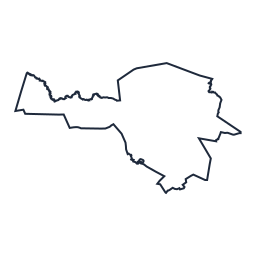 outline of Hardenberg, Overijssel, Netherlands
{"feature_id": "6326949B3638629214663", "entity_name": "Hardenberg", "entity_type": "district", "adm_level": 2, "iso_a3": "NLD", "parent_name": "Netherlands", "parent_adm1": "Overijssel", "projection": "natural_earth1", "projection_center": [6.49, 52.57], "detail": "fine", "context": "isolated", "style": "outline", "palette": "slate", "viewbox_px": 256, "rotation_deg": 0, "n_neighbors": 0, "source": "geoboundaries", "source_scale": "gbopen_adm2", "svg_char_len": 5259}
<svg xmlns="http://www.w3.org/2000/svg" viewBox="0 0 256 256"><path d="M199.7,75.5L166.7,63.1L136.7,68.3L133.6,69.6L117.8,80.4L120.1,100.4L116.9,100.7L116.5,100.2L114.6,99.5L113.3,98.6L111.0,98.0L108.6,98.0L107.5,97.4L106.9,97.3L105.3,97.5L103.2,97.3L102.2,97.8L101.6,97.9L101.4,97.8L101.3,97.6L101.1,97.5L101.0,97.4L100.5,97.4L100.5,97.6L100.4,97.6L99.7,96.9L99.8,96.6L99.7,96.2L99.3,95.9L98.6,96.3L98.2,96.0L98.1,95.7L97.7,95.3L98.0,95.3L98.1,94.9L97.7,94.5L97.8,94.2L97.6,93.9L96.5,93.6L96.0,93.9L95.3,93.9L94.2,94.3L93.5,94.3L93.2,94.5L93.3,95.1L93.2,95.4L93.5,95.7L93.1,96.0L92.8,96.1L92.6,97.3L92.4,97.4L92.3,97.7L92.1,98.0L91.9,98.3L92.0,99.0L91.5,99.4L90.5,99.2L90.4,99.4L89.2,99.6L89.2,99.9L88.9,99.7L88.7,99.8L88.7,100.2L88.4,100.5L87.8,100.3L87.0,99.7L86.6,99.7L86.5,99.9L85.8,100.0L84.8,99.8L84.4,99.6L84.3,99.4L83.7,99.3L83.4,99.1L83.1,99.2L82.9,99.4L82.7,99.1L82.3,99.2L80.9,98.4L80.8,98.2L80.2,97.9L80.0,97.7L80.0,97.4L79.9,97.2L79.4,97.2L79.2,96.8L79.2,96.5L79.6,96.4L79.8,96.2L79.7,95.5L78.9,94.4L78.8,94.0L78.2,93.2L78.3,93.1L78.9,92.9L78.9,92.7L78.7,92.5L78.5,91.9L77.6,91.5L77.4,91.6L77.3,91.9L77.0,91.9L76.8,91.7L76.2,91.6L76.0,91.9L76.1,92.3L75.4,92.5L75.1,93.1L75.3,93.3L75.3,93.5L75.5,93.7L75.5,93.9L75.1,93.9L74.7,94.0L74.3,94.1L74.2,94.3L72.7,94.9L72.3,95.3L72.2,95.9L71.8,96.0L71.7,96.2L71.7,96.4L71.6,96.9L71.7,97.1L71.6,97.3L70.9,97.2L70.6,97.6L70.4,97.6L69.8,97.3L68.7,97.0L68.1,96.6L68.2,96.4L67.9,96.2L67.8,95.9L67.5,95.9L67.1,95.7L67.0,95.8L66.7,95.9L66.5,96.1L65.7,96.3L65.3,96.9L65.3,97.5L65.8,98.1L65.6,98.2L65.3,98.5L64.4,98.8L64.3,99.1L63.0,99.1L62.1,98.5L61.3,98.6L61.2,98.5L61.2,98.2L60.5,98.1L59.5,98.5L59.3,98.9L59.4,99.2L58.9,99.3L58.8,99.5L58.4,99.8L58.3,100.1L57.1,100.3L56.8,100.6L56.0,100.7L55.6,101.1L54.6,101.6L54.4,101.5L54.3,101.1L54.3,100.8L54.5,100.6L54.5,100.1L54.1,99.4L53.6,99.5L52.9,99.9L52.6,99.6L52.3,99.5L52.4,99.2L52.0,99.2L51.9,99.0L51.1,98.7L50.8,98.1L51.2,97.8L51.1,97.6L51.2,97.3L50.9,97.1L51.2,97.0L51.4,96.7L51.2,96.3L50.9,96.2L51.0,95.8L50.5,95.8L50.4,95.5L49.6,94.9L49.6,94.6L49.5,94.3L50.1,94.0L50.2,93.6L50.5,93.4L50.4,93.0L49.9,92.7L50.0,92.5L50.4,92.4L50.4,92.1L50.1,92.1L50.3,91.8L50.0,91.6L49.9,91.1L49.7,91.0L49.4,91.0L49.3,90.7L49.0,90.8L48.8,90.4L48.9,90.1L48.7,89.9L48.6,89.4L48.2,89.5L48.0,89.3L47.5,89.2L47.7,88.8L47.2,88.3L47.4,88.0L47.3,87.7L47.8,87.4L47.7,87.1L47.0,87.0L46.9,86.6L46.6,86.4L46.4,86.1L46.2,86.0L46.1,85.8L45.1,85.7L45.1,85.4L44.5,84.9L44.5,84.7L44.9,84.7L45.1,84.5L45.1,84.0L44.9,84.1L44.6,83.7L45.3,83.3L45.2,83.0L44.9,82.9L45.2,82.6L45.2,82.3L44.9,82.3L44.6,82.2L44.2,81.8L44.3,81.6L43.2,81.1L42.9,80.8L42.4,81.0L42.3,80.7L41.5,80.8L40.7,80.5L40.1,80.7L39.8,80.6L40.0,80.1L39.8,79.9L39.8,79.4L39.4,79.3L39.2,78.9L39.0,79.1L38.7,78.9L38.6,79.0L38.2,79.0L37.5,78.6L36.7,78.6L36.7,78.3L37.0,78.4L36.9,78.1L36.1,77.9L35.9,77.6L35.6,77.6L35.5,77.3L35.1,77.3L34.0,75.5L33.1,75.1L32.9,75.3L32.5,75.5L32.2,75.4L32.1,75.2L31.6,75.3L31.2,74.8L30.8,75.2L30.4,75.1L30.0,74.9L29.6,74.5L29.8,73.9L29.1,73.6L28.5,73.7L28.4,73.4L27.9,72.8L27.4,72.6L26.8,73.2L26.6,73.7L21.2,91.2L15.4,111.0L23.4,109.7L25.2,113.8L58.8,114.6L63.7,114.5L69.7,127.9L73.6,127.3L76.2,127.1L77.9,127.2L79.9,127.8L80.9,128.3L101.0,128.6L105.4,128.5L109.5,126.9L110.5,126.2L111.0,125.6L113.4,124.2L121.6,133.7L125.5,142.6L125.9,146.0L126.1,149.4L127.6,153.8L127.9,153.5L128.6,153.5L128.8,153.7L129.0,154.1L129.5,154.4L130.4,154.8L131.1,154.8L131.3,155.1L131.4,155.5L131.0,156.0L130.9,156.3L131.3,156.9L131.8,158.4L131.5,158.9L131.2,159.3L131.1,159.5L131.5,159.8L132.8,159.6L133.7,159.9L133.4,160.6L133.4,161.0L133.1,161.2L133.2,161.5L135.4,162.1L137.0,163.7L137.3,163.7L138.2,163.6L138.6,163.2L138.5,162.7L137.7,162.0L137.7,161.8L138.9,161.0L139.7,159.5L140.7,159.1L142.3,159.7L143.1,160.1L143.4,160.4L143.6,160.9L143.5,161.5L143.2,162.1L142.5,162.5L142.0,162.4L140.9,161.9L140.6,161.8L140.3,162.0L140.2,162.4L140.4,162.8L140.8,163.4L141.4,163.6L142.4,163.7L143.0,164.0L144.1,164.5L146.6,166.5L156.0,171.8L164.3,176.2L159.7,180.7L157.3,183.8L160.2,184.3L165.2,192.1L165.8,192.8L166.0,192.9L167.7,190.6L168.3,190.6L169.8,189.8L172.7,187.8L174.8,188.9L177.0,189.2L179.4,188.2L179.9,189.4L180.0,189.4L183.8,188.3L184.5,187.0L182.7,184.8L186.2,182.3L185.7,179.1L191.0,175.8L193.3,174.6L205.1,180.0L207.1,180.0L209.7,164.2L210.8,158.4L198.9,138.3L216.1,141.3L216.0,140.8L216.1,140.5L216.1,140.1L218.0,139.3L217.9,139.1L218.1,139.0L218.0,138.7L218.4,138.5L220.6,133.1L220.7,132.5L220.9,132.1L224.9,133.0L226.9,132.8L227.7,132.8L232.8,134.6L233.6,134.7L234.4,134.6L239.4,133.1L240.6,133.1L240.6,131.9L217.3,116.3L217.9,113.4L218.7,112.4L218.3,111.5L218.4,110.2L219.7,107.2L219.8,106.6L219.7,106.4L220.1,104.4L220.0,104.0L220.2,103.5L220.4,102.7L221.5,99.9L220.3,97.6L219.3,96.5L218.9,96.5L218.1,95.8L217.3,95.5L217.1,94.6L215.5,93.2L215.1,92.5L214.0,92.5L213.1,92.2L213.1,91.9L212.5,91.9L212.1,91.7L211.7,92.5L210.5,92.2L209.2,92.2L208.6,91.5L208.6,90.9L209.5,90.1L210.3,88.9L210.4,88.3L210.1,88.0L209.8,87.8L209.9,87.3L209.8,86.9L210.0,86.5L210.6,86.0L210.8,85.3L211.2,84.8L211.3,84.6L211.1,83.8L210.9,83.7L210.0,83.5L209.2,83.6L208.7,83.2L209.2,82.7L210.0,82.3L210.7,82.3L210.9,82.1L211.0,81.9L210.9,80.7L211.1,80.3L212.0,79.5L212.3,78.9L199.7,75.5Z" fill="none" stroke="#1e293b" stroke-width="2"/></svg>